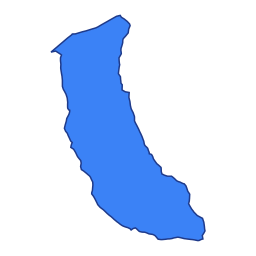 the district of West Mugirango, Nyanza, Kenya
{"feature_id": "3690345B36875351103563", "entity_name": "West Mugirango", "entity_type": "district", "adm_level": 2, "iso_a3": "KEN", "parent_name": "Kenya", "parent_adm1": "Nyanza", "projection": "robinson", "projection_center": [34.939, -0.572], "detail": "fine", "context": "isolated", "style": "filled", "palette": "blue", "viewbox_px": 256, "rotation_deg": 0, "n_neighbors": 0, "source": "geoboundaries", "source_scale": "gbopen_adm2", "svg_char_len": 3501}
<svg xmlns="http://www.w3.org/2000/svg" viewBox="0 0 256 256"><path d="M130.4,105.5L129.9,101.5L129.3,99.1L128.9,97.5L129.0,95.1L129.2,92.5L127.6,92.2L125.3,91.8L122.1,90.0L122.1,88.4L122.2,86.7L122.2,84.7L121.5,83.9L121.0,83.2L120.8,80.9L120.6,79.5L120.5,77.6L120.4,76.6L119.4,75.2L118.4,73.7L118.5,72.6L118.8,69.9L119.0,68.6L119.1,67.5L119.7,64.7L119.4,63.4L119.2,61.4L119.1,60.3L119.0,57.8L119.7,56.6L120.7,54.9L121.3,53.7L121.1,51.7L120.9,50.6L121.0,48.5L121.9,45.7L122.7,42.8L122.8,40.3L123.0,39.3L123.4,38.5L125.6,36.1L128.2,32.9L128.7,29.1L130.1,25.7L129.6,24.0L128.5,22.8L127.2,21.4L126.2,20.6L124.1,18.9L121.9,17.6L121.1,16.9L120.2,15.4L116.5,16.3L109.9,20.0L107.3,21.5L101.6,24.7L97.9,26.9L95.8,27.9L91.7,29.1L86.0,30.9L82.3,31.8L75.4,33.9L72.3,34.0L71.8,34.7L71.1,35.3L67.7,37.9L51.0,52.1L52.8,51.7L55.7,51.1L59.0,53.2L60.7,54.3L61.5,55.0L60.5,57.8L60.5,60.8L60.9,64.3L60.7,68.0L61.0,70.4L61.3,72.2L61.5,73.5L62.0,76.1L62.1,77.2L62.4,80.3L62.4,83.5L62.4,86.4L63.3,89.2L64.6,91.5L66.0,94.2L67.2,97.9L67.6,101.4L67.7,102.5L67.6,104.2L67.6,107.0L67.7,108.2L68.7,109.9L69.7,110.2L69.7,111.4L69.3,113.3L68.6,115.0L67.9,116.3L67.0,118.0L66.7,118.7L66.3,121.2L65.3,124.6L64.4,128.3L65.6,131.2L67.3,133.3L68.2,135.6L69.3,137.9L70.7,141.0L72.2,142.5L71.6,144.0L71.2,145.3L70.8,147.4L73.6,149.2L75.6,152.5L77.3,156.1L77.7,156.8L79.1,158.6L80.7,160.5L81.2,163.2L80.6,166.5L81.4,169.6L83.5,170.9L85.6,172.6L86.7,173.5L87.7,174.4L89.5,175.9L90.4,177.1L91.4,179.4L92.7,182.0L92.9,185.0L92.6,188.0L92.5,189.4L92.4,190.5L91.8,192.4L91.7,193.9L93.5,196.3L94.8,198.6L95.8,200.6L97.2,203.4L97.7,204.6L100.0,207.2L101.1,208.1L103.3,209.7L105.4,211.7L106.3,212.6L107.1,213.4L109.3,215.3L111.1,216.6L113.3,218.6L114.1,219.4L115.1,220.2L117.0,221.8L118.2,222.6L120.0,224.1L121.9,225.4L123.2,226.1L125.3,226.9L128.0,227.7L130.2,228.8L131.1,230.0L133.0,228.6L135.3,227.9L136.1,228.4L136.9,229.1L138.3,230.5L139.2,231.3L139.9,231.6L142.1,232.1L144.7,232.2L146.0,232.6L147.7,233.3L149.0,233.9L151.3,234.2L152.5,234.4L153.4,234.7L155.0,235.6L155.6,236.2L156.2,236.9L158.1,239.2L161.0,239.6L161.9,239.6L163.0,239.5L165.2,239.3L168.1,238.9L169.3,238.9L170.1,238.8L172.1,238.5L173.2,238.1L173.9,237.9L176.2,237.5L177.3,237.2L178.1,237.2L180.2,237.6L181.4,237.9L182.3,238.1L184.1,238.6L185.8,238.8L187.2,239.0L188.9,239.2L190.4,239.4L192.6,239.6L194.5,239.9L195.9,240.2L197.8,240.6L199.0,240.5L200.9,239.6L201.6,239.3L202.9,239.0L202.3,235.5L203.9,233.0L205.0,230.9L204.8,229.9L204.6,228.8L204.4,226.4L203.8,222.2L202.5,218.3L201.3,217.7L198.5,216.2L197.2,215.5L194.8,213.0L193.9,212.1L193.4,211.3L191.6,209.0L189.9,206.1L188.6,203.7L189.3,201.0L189.4,199.6L189.5,198.7L189.7,194.2L188.7,192.6L187.8,191.3L186.8,188.2L185.9,185.8L184.2,183.8L183.2,183.6L181.4,182.8L180.1,182.1L178.4,181.6L177.5,181.2L176.5,180.6L174.5,178.6L172.6,177.0L171.5,176.2L168.8,176.2L167.9,176.2L167.1,176.1L165.4,175.5L164.4,175.2L163.7,174.8L162.0,174.0L161.7,173.1L161.3,171.7L161.2,169.9L161.2,169.0L161.0,167.4L159.4,165.9L158.4,165.0L156.8,163.7L155.2,161.5L153.5,159.0L152.7,156.6L151.9,155.0L151.0,154.2L149.3,153.8L149.2,152.5L148.4,150.5L147.7,148.3L146.8,147.3L145.1,145.7L144.6,144.9L144.2,143.6L143.9,141.9L143.6,140.7L143.2,139.8L142.2,137.0L141.5,135.4L140.5,133.2L140.1,132.5L139.6,131.4L138.7,129.3L137.5,126.9L136.8,125.5L135.4,122.9L134.5,120.9L134.5,118.5L134.5,117.4L134.4,116.3L133.7,114.4L133.4,113.4L133.1,112.6L132.1,110.7L131.5,109.5L131.1,108.6L130.4,105.5Z" fill="#3b82f6" stroke="#1e3a8a" stroke-width="1.5"/></svg>